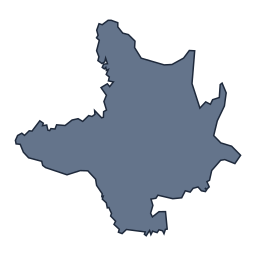 Armero, Tolima, Colombia (Robinson projection)
{"feature_id": "7082276B14946776938567", "entity_name": "Armero", "entity_type": "district", "adm_level": 2, "iso_a3": "COL", "parent_name": "Colombia", "parent_adm1": "Tolima", "projection": "robinson", "projection_center": [-74.888, 5.016], "detail": "medium", "context": "isolated", "style": "filled", "palette": "slate", "viewbox_px": 256, "rotation_deg": 0, "n_neighbors": 0, "source": "geoboundaries", "source_scale": "gbopen_adm2", "svg_char_len": 1842}
<svg xmlns="http://www.w3.org/2000/svg" viewBox="0 0 256 256"><path d="M224.8,159.6L234.9,163.6L240.6,155.3L231.6,146.2L220.8,142.9L213.7,135.6L217.3,120.8L224.4,106.0L226.2,92.9L222.1,83.1L220.2,84.6L219.3,97.5L212.6,99.7L210.4,104.3L205.7,101.9L199.9,108.1L192.0,83.6L194.7,50.8L189.3,50.5L183.6,58.1L172.0,64.5L164.2,64.9L141.2,58.2L134.6,47.6L135.0,41.1L128.4,34.6L122.7,33.1L117.8,26.9L117.8,22.7L111.2,20.3L108.1,20.3L102.2,24.7L99.0,23.7L96.7,30.2L98.1,35.3L96.5,37.8L99.3,40.3L96.6,50.7L98.9,56.8L97.9,60.6L101.9,63.5L104.8,61.8L105.6,58.1L107.5,63.7L103.6,64.2L102.2,67.4L104.3,68.9L105.8,67.4L106.3,70.4L108.3,69.5L106.2,74.5L109.3,77.0L108.4,80.9L113.4,81.9L109.7,86.6L107.3,83.8L101.0,87.6L106.4,95.3L103.9,101.5L106.5,110.0L103.6,111.7L103.4,117.3L101.6,117.8L94.6,110.5L94.9,114.4L92.0,116.5L88.7,115.6L82.7,121.4L78.1,118.7L72.1,120.0L65.1,125.5L56.6,124.8L55.0,129.0L50.9,128.6L49.7,130.6L47.9,130.2L46.7,125.0L42.5,125.7L43.3,123.2L39.8,120.8L32.0,131.1L29.2,130.8L24.5,135.4L21.8,133.2L17.6,135.5L15.4,140.4L16.1,143.9L20.2,144.3L23.4,152.2L28.6,157.8L41.7,161.3L42.7,165.4L45.6,167.6L67.0,174.8L80.2,170.6L87.8,170.8L95.6,179.2L96.6,185.4L102.2,193.7L101.8,196.6L103.2,196.2L102.3,199.1L106.3,202.8L107.3,207.9L108.8,207.5L111.5,213.4L110.6,216.0L115.6,221.2L114.0,224.4L119.3,229.3L118.4,232.2L122.1,233.6L126.4,229.5L145.2,231.9L144.4,234.3L146.2,235.7L149.6,230.5L150.9,234.6L152.6,231.2L157.1,232.6L159.0,229.8L162.6,230.8L164.0,233.7L165.4,229.4L167.2,229.1L165.5,211.6L159.0,211.7L152.4,216.9L150.6,213.2L152.9,205.4L151.0,199.1L155.9,198.3L157.9,195.2L172.8,198.7L181.7,197.8L185.3,190.8L190.2,192.1L193.1,188.3L198.0,187.0L201.4,190.8L205.4,191.6L206.6,189.9L204.9,188.0L206.8,189.3L209.2,186.9L206.9,181.7L209.5,180.3L211.7,170.5L220.6,160.3L224.8,159.6Z" fill="#64748b" stroke="#1e293b" stroke-width="1.5"/></svg>